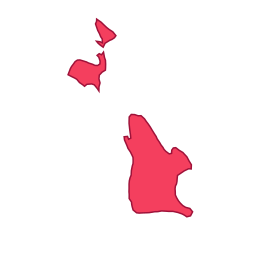 Agios Andronikos Karpasias, Cyprus, rotated 236°
{"feature_id": "46923920B74811643881920", "entity_name": "Agios Andronikos Karpasias", "entity_type": "district", "adm_level": 2, "iso_a3": "CYP", "parent_name": "Cyprus", "parent_adm1": "", "projection": "mercator", "projection_center": [34.203, 35.502], "detail": "fine", "context": "isolated", "style": "filled", "palette": "rose", "viewbox_px": 256, "rotation_deg": 236, "n_neighbors": 0, "source": "geoboundaries", "source_scale": "gbopen_adm2", "svg_char_len": 2069}
<svg xmlns="http://www.w3.org/2000/svg" viewBox="0 0 256 256"><g transform="rotate(236 128 128)"><path d="M22.4,134.7L26.7,134.3L30.0,131.4L33.1,130.0L36.7,129.3L39.6,129.1L42.9,129.3L46.0,129.8L48.5,131.4L51.4,133.1L53.4,134.9L54.5,136.9L56.3,138.7L58.1,140.1L61.0,142.5L61.0,147.7L61.0,150.8L60.3,155.5L58.7,157.5L62.1,160.0L66.7,160.2L71.2,160.7L74.8,160.1L77.0,159.8L80.8,158.0L85.0,156.6L86.1,154.4L85.2,151.9L82.6,149.9L83.5,147.7L87.5,146.3L90.1,145.9L92.4,146.1L95.5,145.9L98.4,146.1L102.8,146.1L105.3,146.6L107.7,146.6L112.9,146.8L116.2,147.0L120.0,147.0L123.1,146.8L126.4,146.8L130.9,145.7L132.5,143.2L135.4,141.0L137.4,138.3L136.5,135.2L133.3,132.9L131.1,131.4L126.4,128.9L123.8,127.6L120.9,126.2L118.0,124.6L118.4,122.2L121.3,122.9L122.9,119.9L120.0,118.4L114.0,117.3L111.1,116.6L106.8,116.6L103.1,116.1L100.8,115.7L97.9,113.9L95.7,112.3L94.1,110.3L93.1,109.3L90.8,107.0L87.2,104.3L85.5,101.8L83.5,99.6L81.0,97.6L77.0,94.9L74.5,93.1L72.5,92.0L68.8,89.5L64.7,89.5L62.7,88.4L60.5,87.5L57.2,86.4L52.9,87.7L51.2,89.7L49.6,92.4L47.6,95.6L46.0,98.2L43.6,103.4L42.0,105.9L40.5,109.4L37.8,113.0L36.2,115.0L33.8,118.6L30.0,122.2L26.4,124.9L23.8,126.2L21.5,127.1L20.2,130.7L22.4,134.7ZM186.9,115.3L187.2,118.4L184.8,122.6L182.6,124.2L178.1,124.6L175.0,124.6L178.3,126.9L181.0,130.0L185.0,131.4L187.9,133.8L188.8,137.8L188.6,141.6L190.4,143.0L193.5,145.2L196.8,147.2L199.5,147.9L204.6,150.1L203.5,147.0L205.7,145.7L205.5,143.0L203.1,143.4L199.1,142.3L196.8,140.5L196.8,137.8L198.4,135.6L200.6,134.3L204.0,131.6L206.0,130.5L208.0,128.9L211.3,126.2L212.6,124.0L212.6,121.3L211.5,118.4L210.6,115.7L209.5,113.5L208.0,111.4L205.7,108.1L202.4,109.9L199.3,111.7L197.0,112.8L192.8,113.2L189.3,114.6L186.9,115.3ZM208.9,152.6L211.1,156.4L210.9,161.8L210.4,164.2L210.4,167.2L211.3,169.6L216.2,169.2L220.4,167.4L223.3,166.5L226.4,165.8L230.7,164.9L235.8,162.9L234.0,161.6L232.5,159.3L228.5,158.2L225.8,157.5L222.2,157.1L218.9,156.4L216.2,156.4L212.9,154.4L215.1,153.1L217.5,150.4L215.1,150.6L212.4,151.3L208.9,152.6Z" fill="#f43f5e" stroke="#9f1239" stroke-width="1.5"/></g></svg>